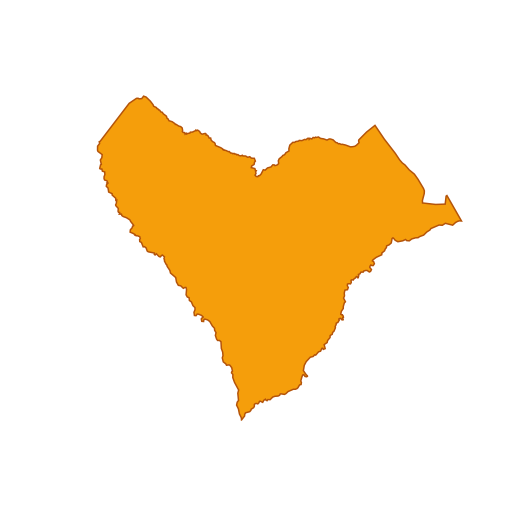 the district of Cuamba, Niassa, Mozambique, rotated 108°
{"feature_id": "85939544B95923837460414", "entity_name": "Cuamba", "entity_type": "district", "adm_level": 2, "iso_a3": "MOZ", "parent_name": "Mozambique", "parent_adm1": "Niassa", "projection": "albers", "projection_center": [36.593, -14.749], "detail": "fine", "context": "isolated", "style": "filled", "palette": "amber", "viewbox_px": 512, "rotation_deg": 108, "n_neighbors": 0, "source": "geoboundaries", "source_scale": "gbopen_adm2", "svg_char_len": 6157}
<svg xmlns="http://www.w3.org/2000/svg" viewBox="0 0 512 512"><g transform="rotate(108 256 256)"><path d="M417.0,219.3L411.7,217.4L410.2,217.8L408.4,217.5L406.0,213.9L404.5,213.2L403.2,213.2L401.0,211.4L399.6,211.1L397.6,211.7L396.6,211.0L396.1,210.1L396.1,208.6L394.7,207.9L393.3,207.8L392.8,207.3L393.1,204.4L390.9,204.0L389.3,202.8L390.0,202.0L390.2,200.8L388.9,200.4L388.3,198.2L385.0,196.5L383.6,194.7L382.4,191.8L381.2,190.5L379.9,190.4L379.4,189.7L378.8,186.1L377.6,185.0L375.0,183.6L371.2,179.3L370.6,177.4L369.4,176.0L368.3,175.4L365.1,174.7L364.3,173.4L362.3,173.7L361.0,174.8L356.3,175.0L354.5,174.7L354.1,173.9L355.4,172.2L355.3,170.7L354.6,169.9L354.1,170.1L353.3,171.7L350.4,175.5L345.1,176.3L340.9,175.6L335.5,173.1L333.9,170.6L331.9,169.7L331.8,168.6L327.8,166.9L326.6,165.2L323.5,164.8L323.1,164.0L324.0,163.1L322.7,161.6L319.2,163.8L316.3,161.6L314.3,161.8L310.7,160.4L308.7,160.9L306.9,159.3L305.0,159.5L303.5,158.6L299.7,158.3L298.8,158.9L296.6,158.6L295.1,158.9L293.9,157.6L291.2,157.0L290.9,157.5L289.9,157.6L289.2,156.5L290.2,154.4L289.7,153.4L289.1,153.6L288.9,154.5L287.8,154.5L287.4,153.9L286.1,154.5L285.7,155.6L285.2,155.7L285.3,157.3L284.9,157.5L282.1,157.7L279.0,156.8L276.9,157.4L273.3,157.5L271.9,156.8L269.0,159.7L266.6,159.5L264.0,160.6L261.0,160.9L259.8,158.6L257.5,158.5L256.0,160.0L254.4,160.3L253.6,159.1L253.3,157.5L251.8,157.2L249.7,158.1L248.9,157.3L248.8,156.1L247.2,155.6L246.1,154.6L244.5,154.2L244.4,153.5L245.3,152.5L245.1,152.1L242.9,152.2L241.9,152.9L240.8,151.6L239.0,151.3L238.1,149.0L236.9,148.8L236.0,147.5L235.4,145.9L236.2,143.3L235.3,142.3L233.2,142.0L231.7,144.3L230.6,144.5L229.0,143.9L229.3,143.0L228.9,141.6L226.8,141.0L225.0,142.4L224.7,143.8L223.7,143.7L220.1,141.2L216.0,136.8L214.2,137.2L211.3,135.3L209.6,135.3L207.8,134.6L206.0,134.9L204.2,132.8L201.8,131.4L197.3,132.0L196.5,131.4L196.5,130.8L198.0,128.6L198.6,125.5L196.2,121.1L194.1,118.9L194.8,117.4L194.2,114.9L191.7,113.2L189.4,109.9L188.5,107.5L187.0,106.4L184.3,103.0L180.4,101.0L177.5,98.6L175.9,98.2L170.0,91.5L169.2,88.3L166.4,86.0L165.9,78.5L162.4,76.5L160.7,74.9L159.7,73.4L159.2,71.4L139.5,93.1L140.3,93.7L148.2,92.1L151.5,101.2L154.1,114.0L151.7,114.9L144.6,115.3L142.0,116.0L140.0,117.6L133.0,125.6L129.2,130.7L126.8,136.8L123.4,142.4L122.3,145.6L120.2,149.1L115.3,155.3L105.2,170.1L95.0,183.2L103.9,189.1L113.8,194.1L114.8,194.0L116.4,193.0L119.6,194.7L121.1,195.9L122.1,197.7L123.0,199.8L122.8,205.1L123.1,208.6L123.6,209.5L123.3,211.2L123.8,212.3L123.2,213.9L123.4,215.1L121.7,218.6L121.7,221.3L122.1,222.6L123.8,224.3L123.7,227.8L124.2,231.0L123.5,233.4L124.6,235.2L124.6,236.2L125.5,236.8L125.6,238.3L127.4,239.1L127.4,241.0L128.6,241.5L127.7,242.1L128.1,243.2L129.9,244.4L130.1,245.8L132.1,248.0L132.7,250.6L133.6,251.0L134.8,253.5L136.0,254.4L136.5,256.1L140.1,258.1L143.8,257.9L145.9,257.1L148.6,259.5L150.8,260.1L152.2,261.7L153.2,261.9L156.4,264.0L158.6,264.2L160.8,263.1L161.6,263.2L163.2,264.3L164.2,266.0L163.7,266.8L164.1,268.2L166.7,269.3L168.7,272.3L171.5,273.8L171.7,275.7L176.6,276.5L178.5,277.5L178.9,278.5L180.0,278.8L180.3,280.4L179.4,281.9L177.6,281.5L176.1,282.4L174.8,282.1L174.8,283.0L173.2,284.1L173.4,287.8L171.7,287.9L169.5,286.1L167.1,286.4L166.0,285.9L163.6,287.8L164.4,290.6L163.5,292.6L164.7,294.4L164.1,296.8L164.9,299.3L164.4,300.1L165.5,301.4L165.7,303.1L165.1,304.6L165.7,305.5L165.2,306.7L165.6,307.8L165.2,308.6L165.9,309.6L165.6,310.8L165.9,311.9L164.9,313.8L165.3,314.5L164.9,317.5L165.3,319.1L164.8,319.4L165.0,320.5L164.5,320.7L163.9,322.9L163.4,328.7L161.8,329.6L161.0,330.5L160.6,332.7L159.6,334.5L157.8,335.6L158.3,337.0L156.7,338.5L156.1,340.0L156.4,340.8L155.4,341.2L155.1,342.2L156.8,344.9L156.3,346.8L155.0,348.1L154.3,350.4L155.2,351.4L154.8,352.1L155.5,352.3L157.9,354.9L158.5,356.7L159.6,356.9L160.5,358.7L161.4,359.6L160.7,360.1L161.0,360.6L162.0,361.1L160.7,362.1L161.0,363.4L160.4,364.5L159.2,364.6L157.0,365.8L156.2,367.6L156.3,369.7L155.5,372.5L155.8,373.4L155.2,373.9L154.2,377.2L154.2,380.6L152.8,382.0L152.4,383.3L150.7,384.4L149.4,388.2L148.3,389.5L148.4,390.9L147.0,392.9L147.2,393.6L146.4,394.7L146.4,395.8L145.6,396.5L145.2,399.6L143.9,400.7L141.4,404.3L138.8,409.6L138.7,412.3L141.6,413.3L142.7,415.8L142.4,416.9L143.0,418.4L150.0,423.8L195.2,439.7L195.7,440.4L197.4,439.5L200.5,440.6L204.4,439.4L205.4,438.6L207.1,433.6L210.2,433.0L212.8,433.7L216.7,431.4L217.3,432.0L221.0,431.7L221.4,431.0L220.9,429.5L222.8,428.3L222.8,425.9L225.2,424.9L227.5,425.0L229.4,424.4L230.5,423.5L230.5,421.1L232.3,419.4L232.7,420.4L233.5,419.8L234.4,420.2L236.0,419.9L237.1,417.7L240.7,415.9L241.2,412.1L242.5,411.6L244.4,407.3L246.4,406.5L245.9,405.7L249.1,405.1L250.8,405.3L251.5,404.8L253.3,401.7L256.1,401.0L257.0,400.2L256.7,399.2L257.5,398.7L258.4,398.9L257.8,396.9L259.0,396.1L259.5,394.5L259.6,391.1L260.6,387.1L261.9,385.9L264.6,381.8L265.1,381.8L265.7,382.6L267.4,382.5L269.9,383.6L272.2,383.1L272.6,378.9L273.4,378.0L273.1,377.5L273.6,377.3L273.8,376.1L273.4,375.5L273.5,372.6L275.2,371.4L276.3,371.8L278.2,371.0L278.5,369.2L282.2,366.1L281.6,364.9L282.2,363.1L284.9,361.0L285.3,359.8L284.6,353.6L285.9,353.2L286.2,352.3L284.7,351.4L286.4,348.2L286.5,347.2L286.3,346.6L284.8,346.1L284.0,345.3L285.1,342.8L287.1,342.7L287.9,341.8L289.0,341.6L291.8,338.8L291.8,338.3L293.4,337.2L296.3,333.5L298.6,332.1L301.3,325.7L305.3,323.6L307.9,320.8L307.6,318.4L309.2,315.1L307.8,313.8L307.6,312.8L309.3,311.7L314.5,310.5L316.2,308.7L316.4,306.7L318.9,305.6L319.6,303.3L322.7,300.6L323.9,298.1L326.0,297.4L328.7,297.6L331.6,296.2L331.3,294.6L329.4,294.0L329.1,292.7L329.3,289.6L330.2,287.5L330.8,287.4L331.9,288.4L332.8,288.6L334.9,287.4L334.5,285.6L333.0,285.9L331.8,285.2L331.7,282.3L332.6,279.7L336.1,275.8L337.5,273.2L339.4,272.4L341.3,270.3L344.1,270.1L347.2,267.8L348.2,266.4L347.6,264.6L348.4,262.8L354.6,260.4L357.7,258.0L361.0,256.6L363.3,256.6L366.8,254.4L367.9,251.4L369.0,250.3L367.9,248.0L368.0,247.0L369.7,244.6L372.8,242.8L373.7,243.3L374.7,243.2L375.8,241.4L378.8,240.5L382.9,237.3L388.8,231.1L392.1,230.9L398.8,228.0L400.8,228.7L403.8,228.4L406.8,225.5L411.4,222.9L413.9,220.4L415.8,219.2L417.0,219.3Z" fill="#f59e0b" stroke="#b45309" stroke-width="1.5"/></g></svg>